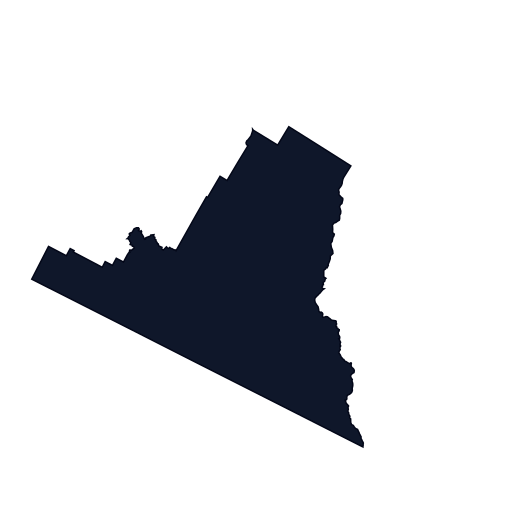 outline of Southeast Fairbanks, Alaska, United States of America, rotated 119°
{"feature_id": "52423323B90612116886659", "entity_name": "Southeast Fairbanks", "entity_type": "district", "adm_level": 2, "iso_a3": "USA", "parent_name": "United States of America", "parent_adm1": "Alaska", "projection": "albers", "projection_center": [-143.381, 63.872], "detail": "fine", "context": "isolated", "style": "filled", "palette": "ink", "viewbox_px": 512, "rotation_deg": 119, "n_neighbors": 0, "source": "geoboundaries", "source_scale": "gbopen_adm2", "svg_char_len": 3910}
<svg xmlns="http://www.w3.org/2000/svg" viewBox="0 0 512 512"><g transform="rotate(119 256 256)"><path d="M131.2,216.7L129.0,254.1L127.0,290.0L148.5,290.8L147.3,319.3L146.8,320.4L148.1,319.6L153.5,318.6L158.6,319.4L159.8,319.9L161.9,319.6L163.2,318.2L163.3,316.5L183.0,317.3L203.2,317.9L204.0,317.9L203.7,326.1L228.2,326.7L228.2,328.0L250.1,328.3L289.9,328.5L289.5,328.9L290.4,330.7L290.3,333.2L290.7,334.2L290.3,335.6L291.8,336.2L292.0,337.1L291.4,338.8L295.6,339.9L295.8,341.1L295.6,341.9L294.0,342.4L294.3,345.9L292.8,347.4L293.1,348.0L292.0,349.3L291.6,350.9L290.5,351.1L290.1,353.0L288.7,353.5L288.6,355.1L286.8,355.6L288.7,358.2L289.7,358.0L293.4,361.2L294.9,360.8L295.4,361.5L293.4,364.3L291.5,367.7L290.3,367.7L289.6,368.7L290.4,369.2L290.8,371.1L289.0,371.2L288.3,372.5L289.3,374.3L291.3,375.8L295.3,375.8L297.2,377.4L298.2,377.6L299.0,376.1L301.0,376.8L301.6,376.5L303.3,377.1L302.9,376.3L303.3,374.8L304.4,373.4L304.9,372.0L307.0,371.7L306.6,369.3L307.4,368.9L307.1,367.7L307.9,366.4L309.4,366.6L309.9,367.3L311.5,367.6L311.8,369.2L313.2,369.1L313.7,368.1L314.9,368.9L317.2,369.1L325.5,369.0L325.7,377.1L333.8,377.0L334.0,385.2L340.4,385.0L341.1,417.7L339.5,417.7L339.6,422.1L347.7,422.0L348.2,442.1L385.0,440.9L384.3,421.5L384.2,420.1L381.4,345.5L378.2,257.2L374.7,165.1L371.2,69.9L371.0,70.0L369.4,70.6L368.3,71.3L367.6,71.4L366.8,72.4L366.2,73.5L365.5,74.3L364.6,75.8L363.2,76.4L362.8,77.1L362.2,77.8L361.6,79.0L360.5,80.2L359.2,82.1L358.4,83.1L358.6,85.3L357.9,87.2L357.0,88.7L357.1,90.7L355.7,92.4L353.3,93.8L352.5,94.3L352.4,95.2L351.6,96.0L350.6,96.2L349.4,98.3L348.3,98.8L347.9,99.5L347.2,100.6L345.6,100.8L343.7,102.2L342.3,102.3L341.5,104.2L341.2,105.6L340.2,106.6L339.3,107.6L338.8,108.2L337.8,107.2L336.9,107.3L335.4,108.2L333.6,108.6L332.5,107.8L331.3,107.0L330.2,106.6L329.1,106.2L328.1,106.3L327.4,106.4L326.5,106.7L326.4,107.0L324.8,107.8L322.7,108.4L321.0,109.3L319.8,110.3L318.8,111.5L317.3,111.9L316.9,112.9L316.2,114.1L315.0,115.2L313.5,115.2L311.9,114.7L310.5,113.8L308.7,114.4L307.7,115.4L307.2,116.8L307.0,118.3L306.1,119.4L305.1,120.1L303.9,120.4L303.4,120.8L303.5,121.3L303.9,121.4L304.5,121.8L304.7,122.0L304.8,122.9L304.9,123.8L304.8,124.6L304.7,126.1L304.9,127.7L304.4,128.2L303.9,129.2L304.1,130.3L303.4,131.3L303.3,132.2L302.4,133.4L301.5,134.6L300.6,136.6L299.0,137.1L297.1,136.9L296.0,138.0L294.7,138.5L294.8,138.3L294.1,138.2L293.3,138.6L292.7,139.6L291.7,140.0L290.4,140.2L289.9,141.1L289.4,141.7L288.6,142.6L288.2,143.5L287.6,142.9L286.9,143.1L285.9,143.8L284.9,145.7L282.9,147.1L281.1,147.0L280.1,147.5L280.4,148.1L279.6,149.4L279.8,150.3L279.4,151.0L278.9,151.0L278.4,151.5L278.8,152.1L277.5,152.8L276.4,152.5L275.0,154.0L274.2,154.2L274.1,155.0L274.5,156.2L275.0,157.5L275.5,158.9L275.0,160.8L274.8,162.5L274.5,163.9L275.0,165.4L276.4,166.6L276.9,167.3L277.0,168.2L276.2,168.8L274.4,169.4L273.6,170.4L273.5,171.3L273.5,172.0L274.4,172.4L273.9,174.2L272.1,175.5L270.3,177.1L269.5,178.9L268.7,180.4L267.7,182.2L267.2,182.3L266.8,182.6L266.5,183.2L265.9,183.4L265.1,183.7L264.5,183.9L263.6,183.9L262.9,183.7L262.3,183.5L261.7,183.3L260.8,183.3L259.8,182.7L258.7,182.6L257.2,182.0L255.7,181.8L253.3,181.3L251.6,180.5L252.1,182.0L251.4,183.3L250.1,183.1L249.1,183.7L248.4,183.1L246.6,184.5L244.9,183.7L242.4,184.3L241.6,184.0L241.4,186.6L235.6,189.8L233.6,188.9L232.1,189.0L231.9,188.1L229.1,188.2L228.5,188.8L225.2,189.2L222.5,189.7L219.9,191.0L216.5,189.9L214.1,191.6L211.9,194.3L208.8,196.7L206.3,196.5L202.6,197.7L200.7,197.6L198.9,198.1L198.4,200.4L195.5,201.8L191.7,204.2L189.1,203.6L188.1,202.5L186.1,201.6L184.3,200.5L182.6,201.0L179.8,202.6L177.7,202.6L175.6,203.6L174.0,205.2L172.5,206.8L170.3,207.1L168.5,206.3L166.8,206.8L164.8,207.3L163.5,208.1L163.2,210.0L162.1,213.3L159.8,214.3L158.3,215.8L156.7,216.0L154.1,215.6L152.8,215.5L150.9,215.8L148.7,216.7L146.3,217.3L144.4,217.4L131.2,216.7Z" fill="#0f172a" stroke="#020617" stroke-width="1.5"/></g></svg>